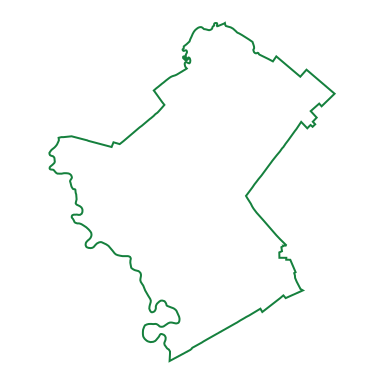 the district of Odobesti, Dâmbovita, Romania
{"feature_id": "2599482B6181888881552", "entity_name": "Odobesti", "entity_type": "district", "adm_level": 2, "iso_a3": "ROU", "parent_name": "Romania", "parent_adm1": "Dâmbovita", "projection": "orthographic", "projection_center": [25.536, 44.599], "detail": "fine", "context": "isolated", "style": "outline", "palette": "green", "viewbox_px": 384, "rotation_deg": 0, "n_neighbors": 0, "source": "geoboundaries", "source_scale": "gbopen_adm2", "svg_char_len": 5830}
<svg xmlns="http://www.w3.org/2000/svg" viewBox="0 0 384 384"><path d="M169.6,361.0L190.3,349.9L191.6,348.8L191.9,348.3L192.3,347.8L196.3,345.6L201.9,342.5L203.4,341.5L207.4,339.2L235.4,323.4L236.9,322.6L240.2,320.5L244.4,318.1L246.2,317.0L249.1,315.5L260.4,308.7L262.3,312.0L280.2,298.1L283.1,295.6L283.4,295.4L285.7,298.1L291.9,295.3L302.9,290.4L300.5,289.0L296.7,281.7L295.1,277.9L294.9,275.3L294.2,273.1L295.6,272.2L290.3,259.8L286.2,259.7L286.3,257.8L279.4,257.8L279.3,252.4L282.0,251.2L281.4,247.3L281.4,247.1L284.0,245.7L283.9,245.6L285.7,245.6L286.0,245.0L280.1,239.2L276.4,235.3L263.3,220.2L256.6,212.7L253.5,208.6L252.1,206.3L250.9,203.8L246.9,197.5L246.0,195.9L247.4,194.1L252.4,187.4L254.5,184.3L256.7,181.5L258.5,179.1L261.5,175.5L268.5,166.0L271.1,162.5L272.4,160.7L276.7,155.3L279.9,151.5L282.0,148.5L282.9,147.5L283.3,147.2L284.1,145.9L284.4,145.6L284.7,145.1L285.4,144.0L288.3,140.2L294.9,131.0L296.4,129.1L300.2,123.4L301.2,121.9L307.3,128.3L309.9,125.6L310.6,125.0L312.6,126.8L315.2,124.3L312.8,121.7L316.7,117.6L310.7,111.1L319.2,103.6L321.6,106.3L334.6,93.7L306.5,69.7L300.3,76.7L276.3,56.4L272.9,61.4L268.4,59.0L259.4,54.6L258.8,54.0L258.6,53.4L258.2,53.0L257.7,52.8L257.4,52.9L256.8,53.2L255.8,53.3L255.5,53.2L254.8,52.9L254.5,52.6L254.0,52.0L253.7,51.2L253.4,50.3L253.4,49.5L253.9,48.9L254.1,48.3L254.1,47.2L253.9,46.1L253.4,44.5L252.5,41.9L248.7,39.3L241.9,35.0L241.0,34.5L238.9,33.3L238.1,33.0L236.9,32.3L236.1,31.4L234.1,29.6L233.1,28.7L230.8,27.4L225.9,26.0L225.4,25.3L225.1,24.0L224.9,23.0L224.2,23.5L217.9,26.1L217.2,26.2L216.9,25.7L217.1,25.0L217.2,23.8L216.8,23.1L215.8,23.0L215.0,23.1L214.4,23.5L214.1,24.2L214.1,25.4L213.7,26.0L212.8,26.5L212.5,27.2L212.1,28.5L211.6,29.2L210.9,29.6L209.7,30.1L208.6,30.1L205.6,29.3L204.0,29.1L202.4,27.7L201.5,27.2L200.6,27.1L199.7,27.2L198.5,27.6L197.5,28.2L195.5,29.8L194.7,30.7L193.8,31.9L192.7,33.9L191.5,36.7L190.3,39.2L189.5,41.5L186.5,44.3L183.8,46.4L183.7,48.3L183.4,48.7L182.7,49.3L182.6,49.8L182.9,50.3L183.2,50.7L183.7,50.9L184.2,50.8L184.8,50.5L185.4,50.4L186.0,50.3L186.5,50.6L186.8,51.2L187.0,51.9L186.9,52.6L185.9,54.6L185.7,55.2L185.9,56.1L185.8,56.4L185.5,56.5L185.0,56.5L184.6,56.4L184.2,56.3L183.6,56.5L183.2,56.7L183.1,57.2L183.1,57.7L183.2,58.1L183.7,58.6L185.9,57.8L186.3,57.9L186.5,58.0L186.6,58.5L186.4,58.8L185.3,59.5L185.0,59.8L185.3,60.1L185.9,60.3L186.7,60.1L187.4,59.7L187.9,59.3L188.1,58.7L188.3,57.8L188.5,57.5L188.8,57.5L189.1,57.7L189.8,58.4L190.3,60.2L190.3,60.9L190.1,62.3L189.5,63.2L189.1,63.3L188.2,63.0L186.5,62.2L185.9,62.1L185.2,62.5L184.8,63.2L184.7,64.2L184.9,65.3L185.2,66.5L185.6,67.1L186.3,68.1L186.8,68.5L186.6,68.7L176.8,74.6L175.3,75.3L172.4,76.2L170.9,76.9L169.5,77.8L166.1,80.4L163.6,82.5L162.0,83.7L158.0,87.0L156.3,88.3L154.5,89.9L153.8,90.5L154.8,91.8L162.1,102.0L164.4,104.9L161.8,107.9L158.4,111.7L157.3,112.8L155.7,113.9L155.0,114.5L153.7,115.9L150.7,118.4L150.2,118.7L141.8,125.8L139.6,127.4L123.5,141.1L119.7,144.1L113.5,142.3L111.6,147.0L88.2,140.8L87.4,140.4L71.6,136.3L63.8,137.1L61.5,137.1L58.6,137.8L58.7,138.5L58.9,140.2L58.4,141.5L57.2,144.1L56.8,144.8L55.8,146.1L54.5,147.5L51.5,149.9L50.2,151.6L49.4,152.9L49.5,154.0L50.0,155.1L50.6,155.5L51.7,155.9L52.9,156.2L54.0,157.2L54.4,158.0L54.5,158.8L54.8,161.8L54.3,163.0L52.6,164.7L50.6,166.3L49.8,167.2L49.6,168.2L49.7,168.7L50.1,169.2L50.9,169.5L52.8,169.7L53.5,169.9L54.1,170.5L55.0,171.6L56.2,172.9L57.4,173.6L61.5,173.7L64.0,173.2L66.1,173.2L68.2,173.4L69.4,173.8L70.3,174.4L71.2,175.3L71.8,176.9L71.9,177.7L71.6,178.4L70.3,180.4L70.1,181.0L70.1,181.5L70.5,182.7L71.4,186.3L71.8,187.2L72.2,187.8L72.8,188.7L73.3,189.1L74.0,189.1L74.9,189.3L75.3,189.6L75.4,190.0L75.6,192.3L75.9,193.6L76.2,194.3L76.6,199.3L76.0,201.8L75.7,203.1L75.8,203.6L76.6,204.6L79.9,206.2L81.5,207.5L82.4,209.3L82.5,211.0L82.3,212.4L81.6,213.8L80.1,214.8L78.6,214.9L77.0,214.6L73.7,214.7L72.4,215.2L71.9,215.9L71.7,217.0L72.0,217.8L72.8,218.7L73.6,220.0L74.5,222.0L75.1,222.6L75.7,222.9L76.4,223.1L77.2,223.4L79.0,223.4L79.9,223.6L81.5,224.2L83.9,225.7L86.3,227.3L88.8,229.6L90.3,231.4L91.2,232.8L91.5,234.5L91.4,235.8L90.7,237.6L89.5,239.1L87.8,240.5L86.5,241.9L85.9,242.9L85.7,243.9L85.6,245.0L86.1,246.4L86.5,247.0L87.2,247.4L88.6,247.9L90.7,248.1L92.3,247.8L93.6,247.1L95.4,245.0L96.9,243.5L99.0,242.4L100.4,242.1L101.6,242.2L106.3,244.4L108.5,245.9L112.5,250.6L114.6,253.3L115.9,254.4L117.5,255.1L120.0,255.7L122.4,256.1L127.4,256.1L128.3,256.2L129.5,256.6L130.1,257.0L130.6,257.9L130.8,258.8L130.4,260.5L130.3,262.8L131.2,267.6L131.5,268.1L133.0,269.2L134.1,269.8L135.0,270.2L138.5,271.1L139.4,271.8L140.2,272.7L140.6,273.2L140.8,274.0L141.0,274.9L140.9,276.3L140.5,278.4L140.3,280.1L140.8,281.9L142.2,284.1L143.2,285.5L145.2,290.5L148.2,295.7L150.2,298.9L150.8,300.6L150.7,302.1L149.8,305.2L149.5,306.5L149.3,308.6L150.0,310.5L150.8,311.7L151.5,312.2L152.7,312.2L154.2,311.5L155.1,310.5L155.7,309.0L155.9,308.0L155.8,307.0L155.9,306.1L156.3,305.0L156.8,304.0L157.4,303.3L159.5,301.4L161.0,300.6L162.5,300.6L164.5,301.2L165.4,302.3L166.1,303.5L166.6,305.3L167.2,305.9L171.6,307.6L172.8,308.0L174.2,308.7L175.7,309.9L176.5,310.9L179.1,316.7L179.5,318.5L179.5,319.8L179.3,321.2L178.9,322.1L178.5,322.7L178.0,323.0L176.7,323.4L175.7,323.4L173.8,323.0L172.1,322.6L171.0,322.5L169.7,322.6L168.1,323.3L163.6,326.4L162.6,326.7L161.1,326.8L159.6,326.4L158.5,325.3L157.3,324.5L156.5,324.1L155.6,323.9L153.1,324.1L151.0,323.9L148.6,324.0L146.7,324.5L144.9,325.4L144.0,327.2L143.1,329.7L142.9,331.9L142.9,334.2L143.2,336.3L143.7,337.4L144.8,339.0L146.7,340.7L148.2,341.5L150.5,342.1L153.3,341.8L155.1,341.0L156.0,340.2L158.9,336.7L159.9,334.8L160.6,334.1L161.7,334.0L163.8,334.8L164.6,335.5L165.2,336.3L165.7,337.7L165.5,339.9L164.4,342.7L164.3,343.5L164.6,344.9L167.1,348.4L168.9,349.6L170.0,351.5L170.0,353.9L169.6,361.0Z" fill="none" stroke="#15803d" stroke-width="2"/></svg>